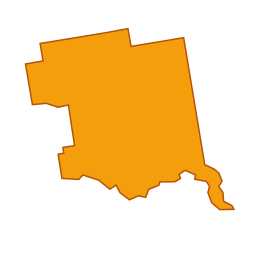 the district of Washington, Florida, United States of America, rotated 260°
{"feature_id": "52423323B12905112958239", "entity_name": "Washington", "entity_type": "district", "adm_level": 2, "iso_a3": "USA", "parent_name": "United States of America", "parent_adm1": "Florida", "projection": "orthographic", "projection_center": [-85.799, 30.61], "detail": "fine", "context": "isolated", "style": "filled", "palette": "amber", "viewbox_px": 256, "rotation_deg": 260, "n_neighbors": 0, "source": "geoboundaries", "source_scale": "gbopen_adm2", "svg_char_len": 719}
<svg xmlns="http://www.w3.org/2000/svg" viewBox="0 0 256 256"><g transform="rotate(260 128 128)"><path d="M81.8,90.0L70.9,99.5L73.8,106.3L65.6,109.0L57.0,117.0L59.4,126.4L56.7,133.4L63.9,137.7L66.3,148.5L69.4,150.0L66.9,164.8L69.1,170.9L73.5,170.3L76.4,177.0L70.0,186.5L66.0,184.7L61.8,195.9L56.5,198.1L50.5,195.5L39.8,197.5L31.7,204.2L29.5,218.1L33.4,217.0L39.3,209.4L48.0,210.3L54.6,207.3L59.5,211.4L67.8,209.6L72.6,205.7L78.6,197.2L207.3,198.5L207.8,145.2L225.9,145.2L225.7,121.8L226.5,56.1L208.8,56.0L208.9,38.2L167.6,37.9L166.5,51.8L160.6,62.6L161.0,73.3L119.9,72.3L120.2,60.5L114.3,60.3L114.3,54.6L100.9,54.4L89.8,54.2L85.9,70.6L89.5,75.4L81.8,90.0Z" fill="#f59e0b" stroke="#b45309" stroke-width="1.5"/></g></svg>